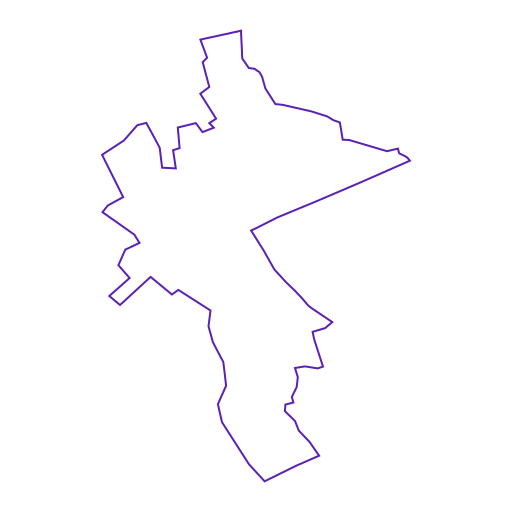 Al-Ahram, Al Jizah, Egypt
{"feature_id": "37247803B9687639154335", "entity_name": "Al-Ahram", "entity_type": "district", "adm_level": 2, "iso_a3": "EGY", "parent_name": "Egypt", "parent_adm1": "Al Jizah", "projection": "albers", "projection_center": [31.147, 29.99], "detail": "fine", "context": "isolated", "style": "outline", "palette": "violet", "viewbox_px": 512, "rotation_deg": 0, "n_neighbors": 0, "source": "geoboundaries", "source_scale": "gbopen_adm2", "svg_char_len": 1654}
<svg xmlns="http://www.w3.org/2000/svg" viewBox="0 0 512 512"><path d="M398.0,148.6L387.0,151.2L349.1,140.0L342.7,139.7L339.9,122.5L333.5,120.2L327.2,116.4L311.4,111.4L293.9,107.4L282.5,104.8L278.7,104.4L275.4,104.1L265.4,88.5L262.9,79.6L262.1,76.8L259.4,72.1L257.1,70.6L254.5,68.8L248.8,68.0L242.3,58.6L242.0,54.5L242.0,52.5L241.9,50.5L241.8,47.8L241.1,33.8L241.0,30.7L240.2,30.9L216.5,36.1L200.4,39.6L207.1,57.7L202.7,62.2L209.3,87.0L200.3,93.7L216.1,118.7L209.3,123.1L213.8,127.7L202.5,132.1L195.8,123.1L184.9,125.8L177.8,127.5L179.6,148.1L173.1,150.2L175.8,168.4L168.2,168.0L162.1,167.7L159.7,147.8L155.1,139.1L149.8,129.3L146.3,122.9L137.3,125.2L123.9,140.5L121.0,142.4L102.1,154.8L106.0,162.7L116.2,183.1L123.2,197.1L121.7,197.9L113.8,202.2L107.7,205.6L102.5,212.2L134.3,234.6L139.5,242.9L125.3,249.6L118.4,265.2L129.6,278.0L109.3,296.0L120.0,305.0L150.6,276.9L171.9,294.5L178.3,289.9L210.5,310.5L208.5,326.2L212.9,342.2L217.8,351.6L223.3,362.0L224.6,372.6L226.1,385.7L221.4,396.3L217.9,404.2L222.0,422.2L249.0,464.3L264.6,481.3L279.6,473.9L295.8,465.9L319.1,455.7L309.7,442.1L298.8,430.6L295.0,421.0L284.9,411.2L285.4,404.6L293.4,402.5L291.8,397.0L296.7,387.0L297.8,377.1L295.0,368.0L305.0,366.4L317.7,368.4L323.0,366.6L314.3,339.8L312.6,331.8L325.2,328.1L327.0,326.5L330.9,323.3L332.3,322.1L311.5,308.1L308.3,305.6L301.6,297.8L294.8,290.6L286.1,282.3L278.8,274.3L275.1,270.3L274.1,269.0L270.2,262.1L264.9,252.7L263.8,250.7L251.1,230.5L255.5,228.5L275.6,218.3L277.7,217.3L294.3,210.4L315.4,201.7L359.8,182.7L409.9,160.7L407.3,157.6L405.3,156.3L402.9,155.1L399.3,153.4L398.6,151.4L398.0,148.6Z" fill="none" stroke="#5b21b6" stroke-width="2"/></svg>